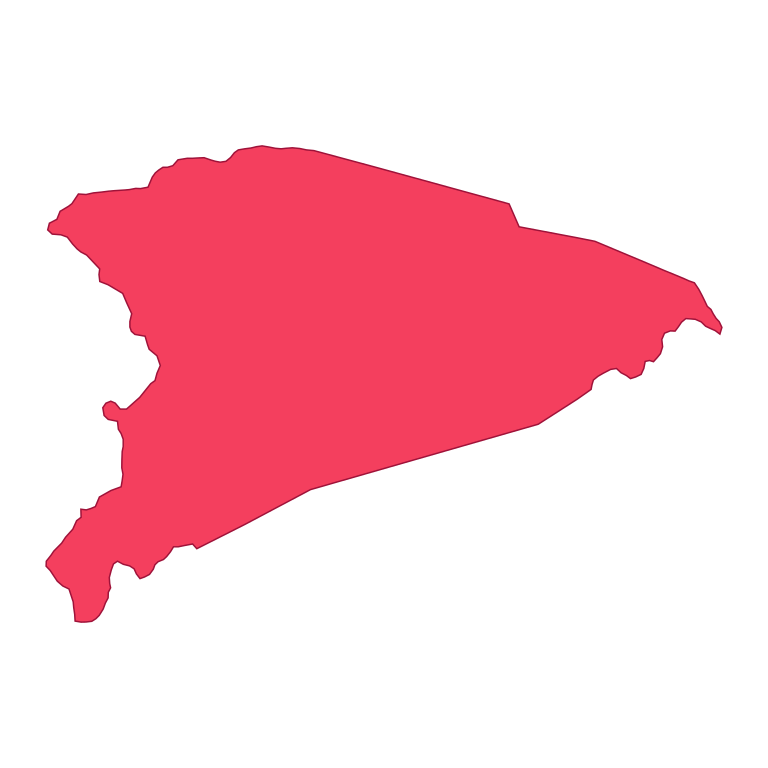 the district of Itagimirim, Bahia, Brazil
{"feature_id": "56859067B60093559467273", "entity_name": "Itagimirim", "entity_type": "district", "adm_level": 2, "iso_a3": "BRA", "parent_name": "Brazil", "parent_adm1": "Bahia", "projection": "orthographic", "projection_center": [-39.777, -16.127], "detail": "fine", "context": "isolated", "style": "filled", "palette": "rose", "viewbox_px": 768, "rotation_deg": 0, "n_neighbors": 0, "source": "geoboundaries", "source_scale": "gbopen_adm2", "svg_char_len": 2594}
<svg xmlns="http://www.w3.org/2000/svg" viewBox="0 0 768 768"><path d="M719.9,334.1L721.9,327.4L719.2,321.7L716.1,318.4L713.2,313.8L710.9,309.4L707.3,306.4L704.3,300.1L702.1,295.6L698.7,289.2L694.4,282.8L689.0,280.9L684.1,278.7L678.2,276.2L664.5,270.6L647.1,263.2L594.9,241.3L576.8,237.7L519.1,226.8L509.1,203.9L375.1,167.1L313.9,150.6L306.5,149.9L299.7,148.5L292.4,147.8L285.9,148.3L281.1,148.8L275.4,148.3L269.3,147.1L262.1,145.9L256.4,146.7L251.0,148.0L244.8,148.8L238.3,149.9L234.4,152.7L230.6,157.5L226.0,161.3L220.2,162.2L215.0,161.2L210.9,160.0L204.1,157.7L197.3,158.0L192.3,158.3L187.1,158.3L178.0,159.8L172.8,165.7L167.4,167.3L162.9,167.3L158.8,170.0L155.4,172.8L152.3,177.1L148.0,187.2L140.5,188.6L135.7,188.4L129.4,189.6L125.1,190.0L114.2,190.7L108.5,191.2L101.4,192.1L93.4,192.9L86.1,194.5L78.4,194.0L71.9,203.7L68.5,206.3L60.1,211.3L56.9,219.3L49.4,223.2L47.7,229.9L52.2,234.1L61.0,234.8L67.3,237.1L72.6,244.0L77.1,248.9L80.9,252.0L86.6,255.0L99.7,268.9L99.0,274.6L99.8,281.5L108.0,284.7L122.7,293.4L126.7,302.8L131.7,313.7L129.9,321.5L129.9,327.1L131.4,331.3L134.9,334.4L145.1,336.2L147.6,344.8L149.2,349.3L157.0,355.8L160.3,365.5L157.0,373.2L155.0,380.6L150.8,383.6L139.7,397.4L126.5,409.1L120.2,409.1L115.2,403.1L110.8,401.2L105.9,403.2L102.8,407.7L104.1,415.5L108.2,419.4L117.5,421.3L118.4,429.3L121.1,433.5L123.2,439.2L123.2,446.6L122.2,451.5L121.9,460.1L121.8,467.8L123.0,474.3L122.1,481.1L121.1,486.8L111.0,490.5L99.4,497.0L95.4,506.6L90.9,508.5L86.3,509.9L80.9,509.2L81.1,517.3L76.6,520.7L72.8,529.2L65.6,537.2L61.7,543.1L53.8,551.1L50.9,555.4L46.3,561.2L46.1,566.2L50.2,570.5L57.3,581.2L62.8,586.0L69.0,589.0L73.2,601.8L73.7,607.4L74.7,614.4L75.1,621.1L81.0,622.1L85.9,622.0L91.8,621.3L95.9,618.7L99.2,615.4L103.2,609.0L105.4,603.0L108.1,597.9L108.3,592.3L110.6,587.8L109.7,583.6L109.3,577.5L111.3,569.9L113.5,563.9L117.5,561.2L123.3,564.3L129.6,565.9L134.1,568.8L136.4,573.9L140.0,578.6L144.5,577.0L149.5,574.4L153.3,569.2L154.9,564.8L158.1,561.7L163.5,559.5L166.7,556.5L170.5,551.7L173.5,546.8L178.2,546.8L184.5,545.5L192.6,544.0L196.8,548.7L244.9,524.4L310.5,489.6L324.5,485.6L334.5,482.7L538.3,424.2L577.2,399.2L591.1,389.4L592.0,384.7L593.4,380.0L598.1,376.2L603.3,373.2L610.6,369.4L616.5,368.5L621.0,372.7L626.4,375.5L630.5,378.6L635.6,377.0L641.1,374.4L643.8,368.5L645.2,361.4L649.5,360.5L653.5,361.7L657.2,357.6L660.4,353.7L662.6,346.8L661.8,339.5L664.5,333.2L670.3,330.9L675.1,331.1L678.5,326.6L681.5,322.2L685.8,318.6L690.5,318.9L695.3,319.3L701.2,321.9L705.6,326.2L710.0,328.3L715.2,330.6L719.9,334.1Z" fill="#f43f5e" stroke="#9f1239" stroke-width="1.5"/></svg>